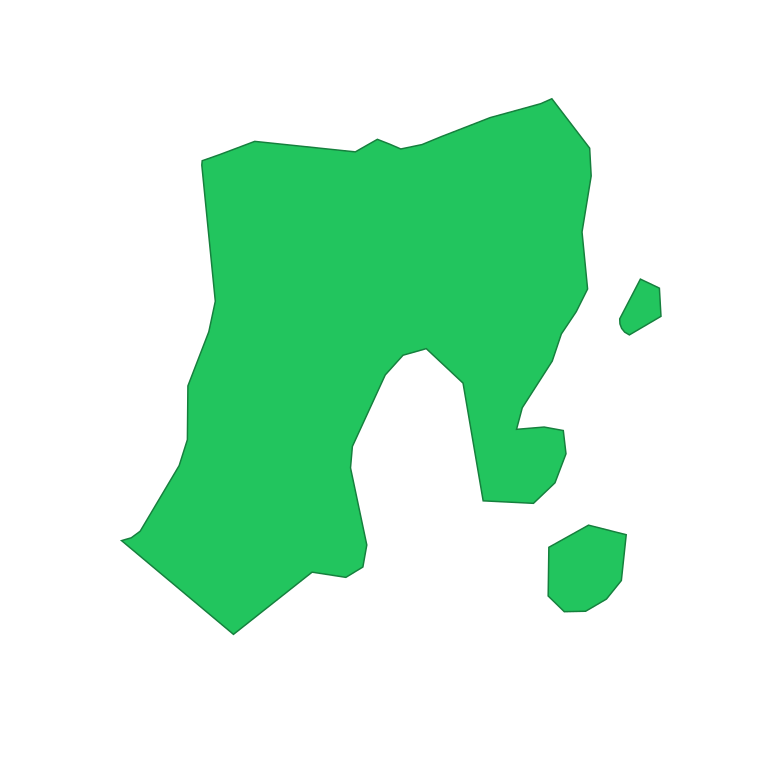 map outline of Qazax (Natural Earth projection), rotated 258°
{"feature_id": "AZE-1684", "entity_name": "Qazax", "entity_type": "District", "adm_level": 1, "iso_a3": "AZE", "parent_name": "Azerbaijan", "parent_adm1": "", "projection": "natural_earth1", "projection_center": [45.184, 41.159], "detail": "fine", "context": "isolated", "style": "filled", "palette": "green", "viewbox_px": 768, "rotation_deg": 258, "n_neighbors": 0, "source": "natural_earth", "source_scale": "10m", "svg_char_len": 988}
<svg xmlns="http://www.w3.org/2000/svg" viewBox="0 0 768 768"><g transform="rotate(258 384 384)"><path d="M368.4,461.5L409.8,432.7L408.2,408.6L392.6,387.1L329.5,340.1L308.9,333.8L230.1,333.7L209.4,325.3L202.8,306.5L214.9,274.5L170.4,184.7L285.4,94.7L286.1,104.8L290.7,114.9L346.8,166.7L370.4,180.1L422.9,191.8L471.5,223.5L500.0,236.2L636.0,251.3L640.2,252.6L642.6,271.2L648.2,308.0L617.0,404.2L621.0,416.7L624.7,428.4L617.3,439.6L610.4,449.3L610.3,471.0L614.1,491.7L622.5,543.3L625.6,595.4L628.0,606.9L628.1,607.5L571.9,634.2L544.4,629.9L491.5,609.3L434.6,602.9L414.8,587.1L396.1,567.9L371.4,553.3L332.0,514.3L312.1,504.2L308.6,531.7L301.2,549.7L277.9,547.5L251.8,530.7L236.2,505.4L249.1,456.7L368.4,461.5ZM142.5,500.5L190.0,511.3L203.4,554.7L186.2,589.6L142.4,575.3L127.4,556.9L119.8,534.0L123.8,513.0L142.5,500.5ZM393.7,627.3L398.7,628.1L433.3,656.6L420.5,673.3L392.6,669.0L381.0,634.2L384.7,630.2L389.0,628.0L393.7,627.3Z" fill="#22c55e" stroke="#15803d" stroke-width="1.5"/></g></svg>